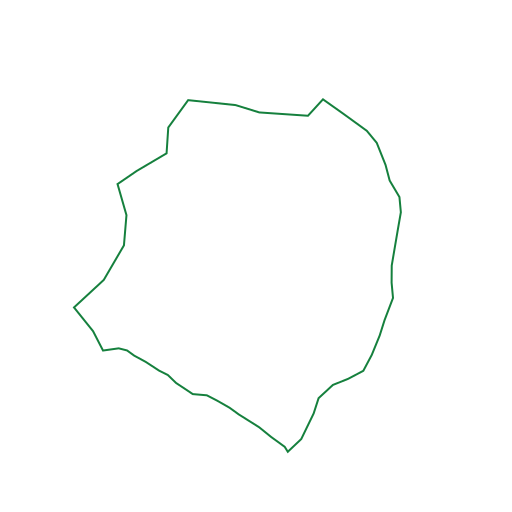 Goufes, Cyprus (Natural Earth projection), rotated 216°
{"feature_id": "46923920B80700863058224", "entity_name": "Goufes", "entity_type": "district", "adm_level": 2, "iso_a3": "CYP", "parent_name": "Cyprus", "parent_adm1": "", "projection": "natural_earth1", "projection_center": [33.693, 35.284], "detail": "fine", "context": "isolated", "style": "outline", "palette": "green", "viewbox_px": 512, "rotation_deg": 216, "n_neighbors": 0, "source": "geoboundaries", "source_scale": "gbopen_adm2", "svg_char_len": 824}
<svg xmlns="http://www.w3.org/2000/svg" viewBox="0 0 512 512"><g transform="rotate(216 256 256)"><path d="M373.0,107.4L343.6,99.4L324.2,89.6L312.8,100.6L304.8,103.8L295.9,103.8L283.1,105.5L267.0,106.3L257.3,107.9L246.1,106.3L226.0,107.1L213.9,114.4L202.7,116.1L188.2,117.7L176.9,117.7L164.9,118.5L152.8,119.3L137.5,118.5L120.6,118.5L115.2,116.3L111.8,134.5L116.8,162.5L121.8,177.8L118.0,196.9L109.2,210.9L101.7,226.2L104.2,244.0L109.2,264.4L114.3,279.7L120.5,302.6L130.6,314.1L140.6,328.1L148.2,343.4L157.0,361.2L164.5,376.5L174.6,388.0L192.2,395.6L204.7,405.8L224.8,418.5L239.9,422.4L268.8,422.4L293.9,422.1L296.4,400.0L337.7,374.1L361.2,366.1L402.5,342.2L402.5,308.4L388.7,286.5L402.5,254.7L410.3,232.8L384.8,212.9L369.1,187.0L367.1,167.1L365.1,147.2L373.0,107.4Z" fill="none" stroke="#15803d" stroke-width="2"/></g></svg>